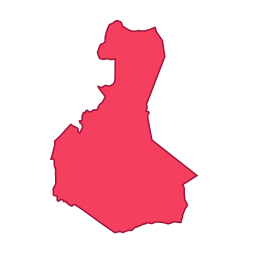 the district of Santa Rita, Paraíba, Brazil, rotated 186°
{"feature_id": "56859067B37269075188213", "entity_name": "Santa Rita", "entity_type": "district", "adm_level": 2, "iso_a3": "BRA", "parent_name": "Brazil", "parent_adm1": "Paraíba", "projection": "natural_earth1", "projection_center": [-34.981, -7.098], "detail": "fine", "context": "isolated", "style": "filled", "palette": "rose", "viewbox_px": 256, "rotation_deg": 186, "n_neighbors": 0, "source": "geoboundaries", "source_scale": "gbopen_adm2", "svg_char_len": 2507}
<svg xmlns="http://www.w3.org/2000/svg" viewBox="0 0 256 256"><g transform="rotate(186 128 128)"><path d="M160.0,213.9L159.8,211.6L160.9,210.1L164.1,208.1L165.0,205.4L165.4,203.4L166.3,199.9L165.6,198.4L164.8,196.5L163.6,194.3L162.2,193.9L159.7,193.7L158.1,194.1L156.7,194.6L155.1,195.0L153.1,194.2L151.3,194.4L149.7,194.8L147.9,195.2L146.9,185.3L146.0,175.3L146.2,172.6L146.9,170.7L148.5,169.2L150.6,167.7L152.8,167.7L154.8,168.1L156.5,167.0L157.6,165.8L159.4,165.5L162.0,166.1L160.7,164.0L153.8,156.8L156.2,150.8L158.5,148.6L159.6,146.5L160.0,144.6L160.6,142.8L162.6,142.5L164.2,142.5L165.7,140.8L168.2,139.9L170.4,141.4L171.7,140.7L172.0,138.6L173.6,138.8L174.6,136.9L174.9,134.0L174.4,131.7L175.3,130.3L177.0,130.0L176.4,128.2L174.8,127.2L173.5,125.3L173.4,122.9L174.4,121.3L174.7,119.7L175.4,117.7L176.8,118.7L177.3,120.5L177.9,122.3L179.5,123.2L182.1,123.9L183.7,124.7L185.3,125.7L187.8,122.3L190.5,118.6L191.7,116.8L194.8,112.7L199.7,107.1L199.1,105.5L199.2,102.9L199.7,99.1L200.4,93.9L200.7,91.5L201.6,89.1L198.5,89.1L197.8,87.1L197.4,83.1L195.5,78.7L195.3,74.8L194.8,72.0L194.4,68.1L194.1,66.4L194.0,64.5L196.0,60.1L195.6,56.3L195.3,53.8L194.0,53.0L192.5,53.0L190.9,52.6L191.2,50.2L190.5,48.2L189.0,48.2L187.2,49.9L185.2,49.5L184.1,48.0L182.5,48.5L180.8,47.0L178.4,45.4L175.7,44.4L174.4,45.9L173.0,46.3L164.9,42.2L145.0,30.7L130.1,22.5L127.8,23.3L125.5,24.2L123.6,23.9L122.0,23.6L120.3,24.6L118.7,25.4L117.2,26.2L115.7,26.3L113.9,26.4L112.5,27.6L111.4,29.3L109.9,30.1L108.2,30.8L107.0,31.6L105.5,32.2L104.0,33.4L102.5,34.1L100.7,34.5L99.3,35.5L97.6,35.9L95.9,35.5L94.0,35.5L91.2,37.2L88.5,37.8L86.7,37.7L84.6,37.7L82.2,37.6L80.2,37.2L78.0,36.9L75.4,37.9L73.4,39.2L71.6,39.6L69.9,39.6L68.0,39.5L65.4,39.6L65.4,41.9L64.5,44.5L64.6,47.3L63.8,49.8L63.0,52.9L62.0,55.1L60.8,57.3L61.8,59.5L63.1,61.1L64.1,62.7L64.6,65.6L65.0,67.4L65.4,70.1L65.6,73.0L66.3,75.3L67.8,76.8L66.7,78.2L54.4,87.9L102.9,118.5L106.5,130.2L109.3,139.7L109.7,143.1L108.6,145.2L109.5,146.5L111.8,146.5L111.3,149.2L111.3,151.4L112.1,153.5L105.9,176.7L98.8,203.1L99.7,205.9L102.9,218.4L109.8,226.6L111.6,230.9L113.3,230.0L115.0,229.1L116.8,228.1L118.9,227.3L120.9,226.4L123.0,226.1L125.0,225.8L127.9,226.0L129.7,225.3L131.7,224.9L134.6,224.7L138.9,226.1L142.4,228.0L144.3,228.9L145.5,232.0L146.9,233.0L149.2,233.5L151.0,233.4L152.3,232.5L153.4,231.2L154.7,229.9L156.2,229.7L157.5,228.4L158.0,226.7L158.6,224.9L159.2,222.5L159.6,220.4L160.0,217.9L160.2,216.1L160.0,213.9Z" fill="#f43f5e" stroke="#9f1239" stroke-width="1.5"/></g></svg>